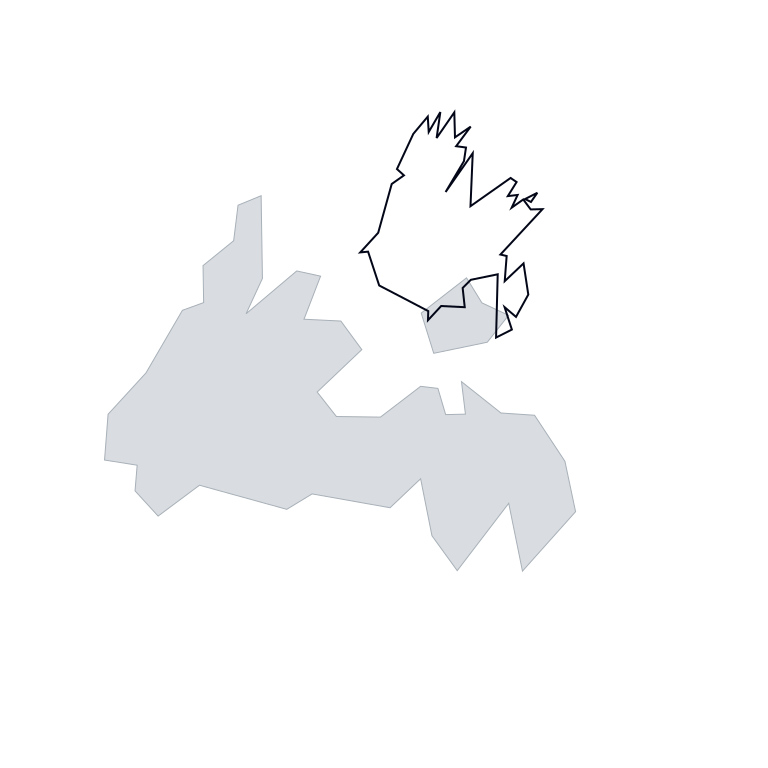 Ireland highlighted among its neighbors, rotated 132°
{"feature_id": "IRL", "entity_name": "Ireland", "entity_type": "country or territory", "adm_level": 0, "iso_a3": "IRL", "parent_name": "Europe", "parent_adm1": "", "projection": "natural_earth1", "projection_center": [-8.443, 53.42], "detail": "coarse", "context": "with_neighbors", "style": "outline", "palette": "ink", "viewbox_px": 768, "rotation_deg": 132, "n_neighbors": 1, "source": "natural_earth", "source_scale": "50m", "svg_char_len": 1406}
<svg xmlns="http://www.w3.org/2000/svg" viewBox="0 0 768 768"><g transform="rotate(132 384 384)"><path d="M306.4,403.8L249.9,393.7L258.2,365.5L249.6,337.4L283.8,335.2L327.9,367.6L306.4,403.8ZM434.7,428.3L440.0,397.6L411.0,364.5L361.2,355.2L351.2,341.0L365.5,317.7L351.9,303.3L330.4,328.0L327.3,277.7L306.5,251.2L320.4,197.8L350.7,156.2L430.4,155.9L389.2,211.5L473.7,204.7L464.7,246.8L429.9,293.4L471.9,296.7L513.8,363.9L542.2,372.4L582.7,453.4L633.3,463.5L630.0,497.5L609.5,513.1L627.5,540.8L591.1,568.8L535.0,568.3L464.1,583.1L444.2,572.5L417.1,597.7L378.1,591.6L348.8,612.1L326.3,601.3L386.9,545.0L424.1,533.5L358.4,524.5L346.3,503.3L389.4,486.8L366.1,458.2L373.3,423.5L434.7,428.3Z" fill="#d9dde1" stroke="#a8b0b8" stroke-width="1"/><path d="M274.5,331.8L226.4,372.9L248.5,389.2L260.0,389.8L272.9,375.4L287.8,393.7L307.2,394.0L300.2,399.9L314.0,453.5L296.3,484.4L302.1,489.7L275.5,489.5L230.2,512.1L215.6,508.8L215.6,518.2L178.5,529.6L156.0,530.4L166.8,519.4L144.2,524.1L166.0,509.5L135.1,513.5L153.2,496.3L134.7,491.8L159.0,489.5L153.4,481.3L164.9,473.7L200.1,466.7L153.1,472.5L194.0,438.7L146.2,427.8L145.2,420.6L161.5,417.7L154.1,411.2L167.5,407.1L153.7,404.0L156.1,391.8L148.0,383.2L209.9,384.1L206.8,378.5L226.8,363.1L201.0,361.0L221.0,336.6L245.8,330.8L246.2,345.8L258.0,325.4L274.5,331.8ZM150.4,396.6L152.1,402.9L139.3,398.0L150.4,396.6Z" fill="none" stroke="#020617" stroke-width="2"/></g></svg>